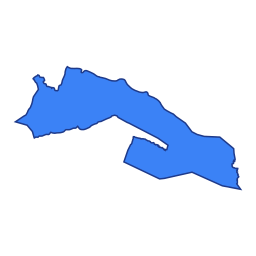 Skorradalshreppur, Vesturland, Iceland (Mercator projection)
{"feature_id": "244011B18273074009309", "entity_name": "Skorradalshreppur", "entity_type": "district", "adm_level": 2, "iso_a3": "ISL", "parent_name": "Iceland", "parent_adm1": "Vesturland", "projection": "mercator", "projection_center": [-21.43, 64.486], "detail": "fine", "context": "isolated", "style": "filled", "palette": "blue", "viewbox_px": 256, "rotation_deg": 0, "n_neighbors": 0, "source": "geoboundaries", "source_scale": "gbopen_adm2", "svg_char_len": 5493}
<svg xmlns="http://www.w3.org/2000/svg" viewBox="0 0 256 256"><path d="M240.6,189.3L237.0,184.2L236.8,183.7L237.2,183.4L237.4,183.1L237.3,182.9L237.4,182.5L237.3,181.6L237.4,181.2L237.4,180.6L236.9,180.1L237.0,179.8L237.3,179.6L237.3,179.3L237.3,179.2L237.2,178.7L237.4,178.3L238.3,177.2L238.6,177.0L238.6,176.7L238.7,176.4L238.3,176.0L238.1,175.7L238.0,175.4L237.8,175.1L237.8,174.9L238.0,174.8L238.1,174.7L237.7,174.0L237.7,173.7L237.6,173.3L237.5,172.9L237.2,172.6L236.9,172.5L236.8,172.2L236.8,171.9L236.9,171.7L237.0,171.4L236.9,171.2L236.7,170.8L236.8,170.7L237.1,170.7L236.9,170.4L236.9,170.2L237.1,169.7L237.4,169.7L237.5,169.4L237.6,169.2L237.8,168.7L237.7,168.4L237.3,168.5L236.8,168.5L236.3,168.3L235.9,168.4L235.6,168.4L234.9,168.2L234.4,167.8L233.7,167.8L233.1,167.4L232.8,167.3L232.5,166.8L232.3,166.7L232.2,166.6L232.2,165.9L232.1,165.4L232.0,165.0L232.0,164.9L232.0,164.7L232.1,164.0L232.3,164.0L232.5,163.9L232.9,163.5L233.2,163.6L233.5,163.5L233.5,163.4L233.4,163.1L233.4,162.9L233.5,162.6L233.6,162.3L233.3,161.8L233.4,161.7L234.0,161.6L233.6,161.0L233.6,160.8L233.8,160.7L234.4,160.8L234.3,160.6L234.1,160.3L234.1,160.1L234.3,160.1L234.7,160.3L234.9,160.2L235.1,159.5L235.1,159.2L234.0,153.2L233.7,148.7L232.7,147.8L219.8,137.1L204.2,136.4L197.2,134.5L191.9,131.8L185.4,123.1L176.2,116.7L173.4,114.1L170.6,112.8L166.8,110.7L164.3,109.1L161.9,105.8L160.9,104.2L160.2,102.7L158.6,100.8L157.6,100.0L156.3,99.0L155.0,98.4L154.0,97.7L149.6,96.0L148.6,95.4L148.2,94.9L148.1,94.6L148.0,93.9L147.8,93.2L147.4,92.5L147.1,92.3L146.7,92.0L146.3,91.9L145.8,91.9L143.3,92.5L142.1,92.5L139.5,92.1L134.8,90.3L132.0,88.8L130.4,87.5L127.3,84.5L126.0,82.3L125.3,80.8L124.6,79.9L124.0,79.5L123.0,79.2L121.8,79.0L119.9,79.1L118.0,80.0L117.2,80.6L116.1,80.9L115.0,81.0L112.0,80.8L109.7,80.2L105.5,78.5L101.8,77.6L99.8,77.2L99.2,76.8L98.4,76.7L97.7,76.5L96.8,76.1L93.9,74.0L93.0,73.5L90.3,72.2L87.0,70.8L86.2,70.6L85.5,70.6L85.0,70.7L84.4,71.0L83.6,71.7L83.1,72.2L82.7,72.6L81.5,72.6L81.3,72.4L81.1,72.0L81.4,70.6L81.6,70.3L81.6,69.7L81.3,69.4L80.1,68.8L79.4,68.6L76.9,68.4L74.5,68.5L70.8,68.4L68.8,67.6L67.3,66.7L66.3,68.2L65.9,69.0L65.4,70.8L65.1,72.3L65.1,73.3L64.9,74.3L64.4,75.8L62.7,79.6L62.3,80.8L62.0,82.3L61.7,83.4L61.4,84.1L61.1,84.8L60.3,85.2L59.6,85.4L59.3,85.6L59.1,85.8L58.8,86.7L58.4,88.9L58.3,89.5L58.2,89.9L58.0,90.2L57.7,90.6L57.0,90.8L56.1,90.5L55.4,90.6L55.2,90.5L54.9,90.2L54.7,89.8L54.5,88.9L54.2,88.1L53.4,87.7L52.4,87.6L52.2,87.8L51.7,88.3L51.6,88.2L51.6,87.7L51.3,87.4L50.0,87.1L48.3,86.5L47.2,86.5L46.9,86.4L46.4,85.6L46.3,85.2L46.3,84.9L46.2,84.6L46.0,84.1L45.7,83.9L44.8,83.7L44.2,83.6L43.8,83.1L43.3,82.2L43.3,81.7L43.5,81.3L44.4,80.8L44.5,80.7L44.6,80.2L44.3,79.2L43.9,78.3L43.5,77.6L43.2,77.4L42.3,77.5L40.4,77.2L40.0,77.1L39.7,76.9L39.5,76.6L39.4,76.3L39.3,75.9L39.2,75.6L39.0,75.4L38.4,75.1L37.7,75.0L37.5,75.4L37.4,75.6L35.9,76.3L34.3,77.4L33.3,78.4L33.2,78.6L33.1,78.8L33.3,79.0L33.9,79.3L34.0,79.4L34.1,80.0L34.6,80.6L35.1,81.5L35.6,82.3L36.7,83.2L36.7,83.3L37.6,85.7L38.4,89.4L33.5,96.7L33.0,98.5L32.7,99.6L32.6,100.7L32.1,102.8L31.6,104.5L31.2,105.3L30.5,107.2L29.9,108.1L29.1,108.9L28.5,109.9L27.9,111.0L27.5,112.2L26.3,114.4L25.9,115.0L23.7,116.2L15.4,121.8L27.1,125.2L32.4,131.5L34.2,137.9L34.4,138.0L34.7,137.8L35.1,137.5L35.8,137.1L38.0,137.2L39.0,136.2L39.4,136.0L40.9,136.1L42.2,136.0L42.7,135.8L43.3,135.5L46.1,134.4L48.5,134.5L49.0,134.3L49.4,134.0L50.7,132.3L50.9,132.3L52.3,132.9L54.4,133.2L55.6,133.1L56.7,132.9L58.6,132.8L60.2,132.7L61.7,132.4L63.3,131.9L64.1,131.4L65.1,130.3L65.9,129.7L69.2,129.7L70.1,129.5L71.2,129.1L73.3,128.2L75.7,128.1L76.4,127.6L77.7,126.3L79.2,128.4L79.8,129.0L80.6,129.4L81.9,129.6L83.5,129.6L84.5,129.4L86.0,128.9L89.1,127.5L89.8,127.1L90.8,126.1L91.4,125.6L92.1,125.2L94.5,124.1L96.6,123.5L97.4,122.9L97.8,122.3L98.4,121.9L100.3,121.5L100.9,121.5L106.3,119.0L108.5,118.1L109.4,117.8L111.1,116.9L111.9,115.9L114.6,115.2L116.9,115.8L118.1,117.4L127.1,122.4L129.1,123.2L158.0,138.2L168.0,145.2L166.8,149.6L166.2,149.6L165.8,149.7L165.7,149.8L165.8,149.9L165.6,150.0L165.5,149.9L165.5,150.0L165.4,150.1L165.1,150.1L165.1,150.3L164.3,149.9L164.1,149.6L163.9,149.5L163.9,149.3L164.0,149.3L164.0,149.2L163.5,148.9L163.4,148.8L163.2,148.4L162.9,148.4L162.8,148.2L162.3,148.0L162.3,147.9L162.3,147.7L162.2,147.6L161.7,147.8L161.5,147.6L161.1,147.6L160.2,147.2L160.0,147.3L159.8,147.3L159.8,146.9L159.5,146.8L159.2,146.9L158.7,146.8L158.7,146.7L159.0,146.4L159.0,146.1L158.8,146.1L158.5,146.3L157.9,146.0L157.8,145.8L157.8,145.7L158.2,145.2L157.8,144.9L157.3,144.9L157.0,144.7L156.5,144.6L156.2,144.7L155.9,144.6L155.5,144.8L155.3,144.7L155.0,144.3L154.4,144.2L154.3,143.9L154.1,143.4L154.0,143.0L153.5,142.7L153.3,142.6L152.2,142.9L151.2,142.7L150.7,142.4L150.4,141.7L150.2,141.5L149.6,141.4L149.5,141.2L149.2,141.0L148.6,140.9L148.0,140.9L147.7,140.8L147.6,140.7L147.4,140.5L146.3,140.0L146.0,139.7L145.6,139.5L145.4,139.2L144.6,139.0L143.8,139.0L143.0,138.7L142.4,138.8L142.1,138.9L141.5,138.8L141.0,138.9L140.7,138.5L140.3,138.4L139.8,138.4L139.5,138.2L139.1,138.3L138.6,138.2L138.3,138.0L137.5,137.9L136.5,137.6L136.4,137.5L135.5,137.4L135.0,137.2L134.9,137.1L134.4,136.7L133.8,136.8L133.4,136.7L133.2,137.3L133.3,137.5L133.3,137.9L133.3,138.2L133.2,138.5L133.0,139.2L132.8,139.6L132.6,140.4L132.5,141.0L132.4,141.1L132.1,142.1L131.9,143.1L131.7,143.4L131.4,144.1L130.6,144.7L127.9,150.2L123.9,161.9L159.6,178.9L164.3,178.4L192.0,172.2L222.3,185.8L240.6,189.3Z" fill="#3b82f6" stroke="#1e3a8a" stroke-width="1.5"/></svg>